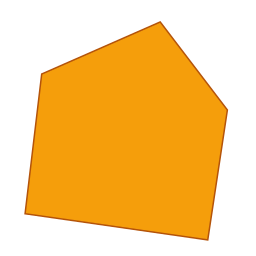 the state/province of Swain's Island, rotated 183°
{"feature_id": "ASM-5001", "entity_name": "Swain's Island", "entity_type": "state/province", "adm_level": 1, "iso_a3": "ASM", "parent_name": "American Samoa", "parent_adm1": "", "projection": "albers", "projection_center": [-171.079, -11.059], "detail": "fine", "context": "isolated", "style": "filled", "palette": "amber", "viewbox_px": 256, "rotation_deg": 183, "n_neighbors": 0, "source": "natural_earth", "source_scale": "10m", "svg_char_len": 238}
<svg xmlns="http://www.w3.org/2000/svg" viewBox="0 0 256 256"><g transform="rotate(183 128 128)"><path d="M226.3,37.0L217.0,177.4L101.4,235.6L29.7,151.2L42.5,20.4L226.3,37.0Z" fill="#f59e0b" stroke="#b45309" stroke-width="1.5"/></g></svg>